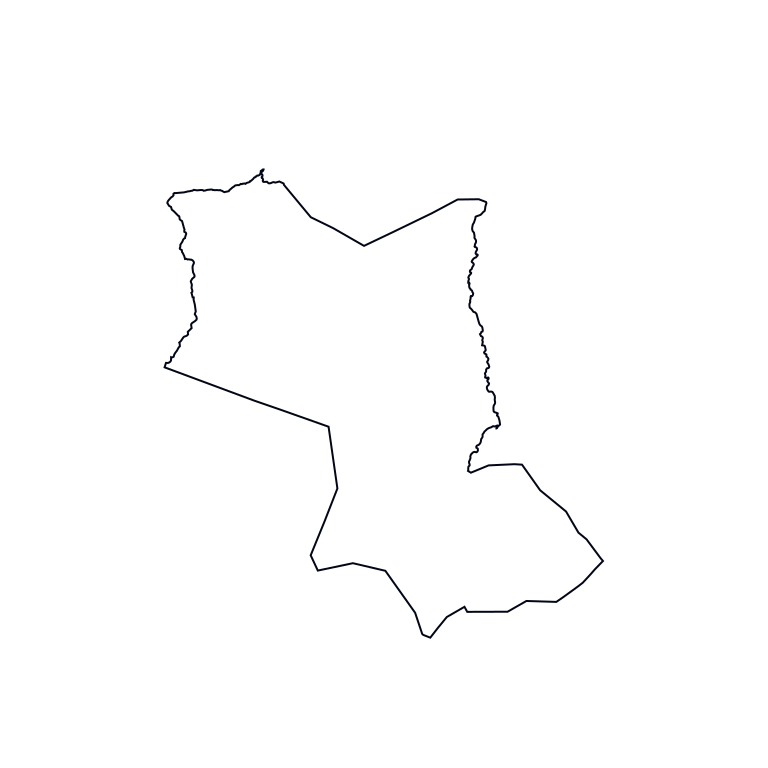 outline of Selenge, Bulgan, Mongolia, rotated 296°
{"feature_id": "93677404B49606497696804", "entity_name": "Selenge", "entity_type": "district", "adm_level": 2, "iso_a3": "MNG", "parent_name": "Mongolia", "parent_adm1": "Bulgan", "projection": "robinson", "projection_center": [104.347, 49.708], "detail": "fine", "context": "isolated", "style": "outline", "palette": "ink", "viewbox_px": 768, "rotation_deg": 296, "n_neighbors": 0, "source": "geoboundaries", "source_scale": "gbopen_adm2", "svg_char_len": 6166}
<svg xmlns="http://www.w3.org/2000/svg" viewBox="0 0 768 768"><g transform="rotate(296 384 384)"><path d="M592.3,395.9L591.6,388.2L582.1,369.3L558.5,352.2L524.9,325.8L499.4,305.5L501.8,269.9L501.8,245.1L519.1,206.8L520.2,205.9L520.1,201.1L518.4,199.3L517.4,198.0L517.1,196.4L516.4,195.4L514.9,194.2L513.9,192.7L514.0,191.5L514.5,190.1L514.0,189.4L512.8,187.0L513.1,186.3L513.6,185.9L514.5,185.8L515.2,185.2L515.7,184.7L515.6,183.9L516.2,183.4L517.0,183.4L517.8,183.6L518.7,183.0L519.0,182.0L520.1,181.1L520.9,181.1L522.6,181.8L524.0,181.7L523.9,181.3L523.3,180.8L522.4,180.6L521.5,179.9L519.4,180.6L517.5,180.6L516.2,179.6L515.8,178.7L514.5,178.2L514.2,177.7L513.5,177.7L512.7,176.9L510.7,176.4L508.5,175.5L507.4,174.6L506.6,174.7L504.3,172.2L503.2,171.8L503.0,170.5L502.4,169.8L501.8,168.8L501.3,168.6L501.0,167.5L499.6,166.8L499.1,166.4L498.5,165.0L497.2,163.2L495.7,162.6L494.3,161.7L490.5,160.1L489.2,159.9L486.4,156.3L486.6,153.7L486.4,152.9L486.5,151.8L485.7,150.6L485.1,148.9L483.9,146.7L483.8,145.9L483.3,145.2L483.4,144.4L483.1,143.5L480.9,139.9L479.6,138.6L478.6,137.1L478.8,136.0L478.0,134.2L476.1,131.1L475.1,127.9L473.8,127.1L472.7,125.5L472.0,124.8L471.4,123.7L468.6,120.3L464.1,112.8L463.8,111.9L462.6,111.4L461.3,112.1L459.7,111.7L458.5,110.9L455.0,109.9L453.2,109.6L451.7,109.9L449.9,112.7L449.8,114.9L447.7,116.9L447.1,119.5L445.0,125.3L445.0,126.3L444.3,127.0L443.9,127.2L442.5,128.2L442.2,128.9L441.9,131.1L436.3,136.0L435.4,137.0L434.1,137.3L433.2,137.9L433.2,139.5L432.3,140.4L429.3,140.8L427.9,141.2L427.4,140.7L425.7,140.2L423.6,140.4L419.9,139.9L418.0,140.8L416.5,140.9L415.9,141.5L415.7,143.6L414.1,144.6L413.6,145.6L411.4,148.4L409.1,150.4L409.8,151.3L409.8,152.8L410.5,153.9L410.9,155.6L411.3,156.3L411.2,157.8L410.6,159.2L409.6,160.1L406.1,160.3L404.1,161.2L400.7,163.4L399.0,165.6L398.2,166.3L397.5,166.6L397.1,166.6L394.5,165.5L391.8,165.3L391.4,165.4L389.0,167.8L385.9,168.9L383.8,170.9L382.8,171.3L381.5,170.9L380.9,171.6L378.0,174.0L378.4,175.0L377.7,175.4L376.3,175.9L372.5,179.1L366.7,183.0L363.8,183.3L362.2,185.9L360.8,187.0L359.6,187.3L357.8,186.6L354.5,184.7L353.7,184.6L353.2,184.5L352.3,184.9L349.9,186.6L344.9,184.8L342.6,186.2L340.7,185.4L338.9,183.6L337.8,183.2L333.5,182.6L331.4,181.8L330.9,182.5L329.3,183.5L328.4,184.0L327.4,183.6L326.3,183.4L323.2,183.3L320.4,182.7L318.3,182.6L316.3,183.0L315.6,182.5L314.9,181.8L314.8,180.9L311.9,182.2L310.5,182.2L309.2,181.5L308.2,180.6L307.4,178.8L302.8,179.5L312.2,274.9L315.6,302.8L321.3,352.9L269.7,387.9L234.3,390.8L197.9,393.2L187.3,406.3L209.3,434.6L216.7,467.1L192.0,512.3L176.1,527.9L175.7,529.2L176.3,536.8L188.2,539.3L202.1,542.6L219.0,554.0L215.7,558.7L233.5,594.9L251.4,607.1L263.7,634.4L271.3,638.7L287.5,647.3L292.6,649.8L302.9,652.9L310.2,654.9L320.9,658.4L322.3,655.2L333.2,634.1L335.6,624.0L349.2,603.5L356.9,571.0L372.0,543.4L369.1,536.4L356.7,513.7L342.4,501.0L342.7,497.6L343.5,497.5L345.3,496.6L346.4,496.2L347.1,496.2L348.1,496.6L348.5,496.6L349.5,496.0L350.3,495.1L351.3,494.5L354.7,494.3L355.5,494.1L356.8,493.3L358.4,493.1L359.1,493.1L360.3,493.6L361.1,493.7L362.0,494.4L362.7,495.1L363.1,496.9L363.4,497.2L364.0,497.5L364.8,497.6L365.5,497.5L366.8,496.8L367.1,496.4L367.2,495.0L368.0,494.4L369.3,494.5L371.0,495.9L372.8,496.4L373.8,496.4L374.9,496.2L377.0,495.5L379.1,495.8L379.9,495.7L381.9,494.7L383.9,495.1L385.0,495.1L388.6,496.4L390.2,497.4L392.1,499.3L393.9,500.5L394.2,501.8L395.3,503.2L396.3,503.9L396.4,504.3L396.2,504.5L394.4,504.3L393.9,504.3L393.4,504.5L393.5,504.7L393.9,504.9L395.2,504.9L396.0,505.1L397.2,505.6L397.9,506.0L398.6,506.0L401.9,503.7L404.4,501.4L404.8,500.9L405.2,499.4L405.8,499.2L406.6,499.3L407.2,499.2L407.5,499.0L407.5,498.5L407.2,498.1L407.4,497.1L407.1,495.7L407.4,494.7L407.8,494.3L410.7,492.7L412.1,492.3L412.6,492.1L414.6,492.3L415.9,492.1L418.6,490.3L420.1,489.8L421.8,488.8L424.0,485.7L424.4,484.8L424.2,483.7L423.2,482.0L423.1,481.3L424.3,479.2L425.4,478.3L426.3,477.8L427.0,477.7L429.1,478.4L430.3,478.3L430.7,478.0L431.0,477.0L431.7,475.9L432.1,475.5L432.6,475.4L434.4,475.7L435.1,475.5L435.3,475.3L435.5,474.8L435.3,474.5L434.2,473.7L434.4,473.1L434.2,472.1L434.5,471.8L435.2,471.8L436.1,471.5L437.7,470.1L438.4,470.1L439.2,470.3L440.2,470.2L441.7,469.5L442.9,469.6L443.4,469.8L443.8,470.5L444.3,471.0L445.2,471.1L445.7,471.0L447.5,469.3L448.1,468.2L448.9,467.1L449.5,466.9L450.6,467.2L451.1,467.1L452.2,466.9L452.8,466.4L453.5,464.9L453.6,464.0L454.0,463.7L455.0,463.4L455.3,463.2L455.5,462.8L455.5,461.0L456.1,460.2L456.9,460.1L458.1,460.5L458.9,460.6L459.3,460.4L462.1,458.2L462.3,457.9L462.4,457.4L461.8,455.2L465.3,454.3L466.4,453.1L468.3,452.8L469.0,452.4L469.4,451.9L469.6,451.3L469.6,450.1L470.9,448.4L472.1,448.8L473.5,448.7L474.0,449.1L474.3,449.5L474.7,449.5L475.5,449.3L477.8,447.7L478.4,447.0L478.7,446.4L479.0,444.8L479.5,443.9L480.2,443.0L482.7,440.7L486.7,437.2L487.7,436.2L488.3,434.6L488.1,432.7L489.7,429.6L490.1,428.0L490.3,427.6L491.0,427.0L492.7,426.0L493.8,425.6L494.5,425.7L495.7,425.5L496.3,424.9L498.6,424.4L500.7,423.5L501.1,423.5L501.3,423.7L501.3,424.4L501.7,424.7L503.0,424.9L504.1,424.6L504.7,424.3L505.4,423.1L506.3,422.4L506.6,421.9L506.8,420.4L507.5,419.9L507.7,419.0L508.2,418.4L509.0,417.8L510.2,417.2L510.8,416.8L511.4,417.0L512.0,416.7L512.3,416.2L512.0,415.3L512.9,415.2L513.3,414.7L515.5,414.4L515.9,414.1L516.1,413.7L516.7,413.1L518.4,413.0L521.5,413.8L522.0,413.7L522.3,413.3L522.2,412.5L522.4,412.2L523.1,411.7L523.5,411.6L523.9,411.6L525.6,412.4L527.9,412.2L529.9,412.4L530.8,412.3L531.2,412.0L531.7,411.2L532.0,410.4L532.0,409.9L532.1,409.5L532.4,409.2L533.1,409.1L534.3,409.2L535.7,409.5L537.0,410.1L538.0,411.1L540.5,411.8L541.0,411.7L541.3,411.3L541.3,410.9L540.9,410.2L541.0,410.0L541.5,409.1L543.1,408.6L544.9,408.8L545.7,408.7L546.3,408.4L547.1,407.5L547.2,406.6L547.0,405.6L547.3,405.1L548.2,405.0L549.5,404.5L551.3,404.6L552.6,404.2L553.4,403.7L553.9,403.1L554.8,401.5L555.2,401.1L556.6,400.6L559.5,398.5L560.2,396.8L561.8,395.3L563.9,394.5L566.3,393.9L568.4,394.1L572.5,393.6L574.3,393.0L574.7,393.1L578.3,396.6L579.9,397.2L582.1,397.8L583.6,398.6L585.7,398.1L588.0,397.3L591.4,396.8L592.3,395.9Z" fill="none" stroke="#020617" stroke-width="2"/></g></svg>